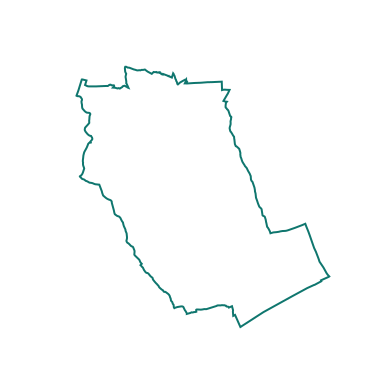 outline of Cernatesti, Buzau, Romania, rotated 340°
{"feature_id": "2599482B98470436425498", "entity_name": "Cernatesti", "entity_type": "district", "adm_level": 2, "iso_a3": "ROU", "parent_name": "Romania", "parent_adm1": "Buzau", "projection": "equal_earth", "projection_center": [26.764, 45.296], "detail": "fine", "context": "isolated", "style": "outline", "palette": "teal", "viewbox_px": 384, "rotation_deg": 340, "n_neighbors": 0, "source": "geoboundaries", "source_scale": "gbopen_adm2", "svg_char_len": 5922}
<svg xmlns="http://www.w3.org/2000/svg" viewBox="0 0 384 384"><g transform="rotate(340 192 192)"><path d="M292.1,318.3L291.2,316.1L290.7,314.3L289.7,307.9L288.0,301.1L288.1,298.4L288.1,297.1L288.0,291.0L288.0,290.6L287.9,289.6L287.6,286.3L287.8,272.7L287.8,268.8L287.6,263.6L287.6,260.6L283.9,260.8L276.6,260.9L269.4,260.8L267.7,260.7L266.5,260.5L263.6,259.6L261.4,259.2L260.1,259.1L257.6,258.6L254.6,257.8L251.6,257.6L251.7,255.4L251.4,253.0L251.1,251.5L250.7,250.4L251.3,246.3L251.3,245.9L251.8,243.1L251.9,240.5L251.9,240.2L251.8,239.9L251.5,239.5L250.5,238.5L250.3,238.1L251.4,232.5L251.5,232.1L251.4,231.3L250.4,229.3L250.2,228.7L250.1,225.4L250.2,222.3L250.2,219.2L251.2,215.2L251.4,212.9L251.8,211.6L252.2,209.2L252.3,204.0L252.3,203.6L252.3,203.2L251.8,202.0L251.7,201.4L251.7,200.5L251.8,200.0L252.6,197.2L252.6,196.3L252.5,196.0L252.5,194.6L251.9,191.3L251.6,188.2L250.6,185.6L250.5,184.5L250.1,182.9L249.7,180.8L249.7,178.6L249.8,177.3L249.7,175.5L250.0,174.4L250.1,173.6L250.8,171.9L251.0,170.2L251.1,167.9L251.1,167.5L249.9,165.2L249.3,164.2L249.0,164.1L248.8,163.9L248.7,161.6L249.5,158.3L249.8,157.2L249.8,156.7L250.4,154.5L249.9,152.8L249.6,150.9L249.2,149.1L249.1,148.8L248.9,148.5L248.8,147.6L249.1,145.2L249.6,144.1L250.8,142.5L251.5,141.4L251.9,140.3L252.4,138.7L253.8,136.6L254.0,135.7L254.6,135.1L254.6,134.9L254.5,134.5L253.9,133.7L253.9,132.2L254.0,128.4L253.9,127.6L253.7,126.9L253.3,126.4L253.1,125.3L252.6,124.3L252.6,123.9L252.6,123.5L252.9,123.1L253.2,122.1L254.1,120.4L254.5,119.8L255.6,119.1L253.9,118.2L252.7,117.2L258.4,112.5L259.3,111.8L262.2,108.9L259.7,107.9L258.0,107.1L256.4,106.6L255.1,106.5L257.7,98.5L248.1,95.5L244.0,94.1L237.5,92.3L231.3,90.3L224.7,88.4L222.4,87.5L222.8,87.1L223.4,87.0L224.1,87.0L224.1,87.4L224.3,87.4L224.8,86.8L225.8,86.3L224.6,86.3L223.9,85.7L224.1,85.3L224.8,84.7L224.9,84.4L224.6,84.6L224.5,84.2L224.8,84.0L221.8,84.4L218.3,85.0L215.5,86.1L215.4,86.0L215.2,85.4L215.4,83.3L215.2,82.6L215.3,81.0L215.1,80.0L215.3,77.2L215.2,76.1L215.0,75.4L215.1,74.6L214.9,74.0L212.2,77.6L210.4,75.9L210.5,75.9L209.6,75.2L209.7,74.9L209.4,74.8L205.2,71.2L204.8,71.7L203.7,70.9L203.8,70.7L203.6,70.1L202.3,69.0L202.7,68.5L202.4,68.3L201.7,68.3L201.4,68.1L200.9,68.1L199.9,67.7L199.8,67.3L199.5,67.0L198.3,66.8L197.0,66.1L194.6,67.2L191.4,63.6L189.6,60.8L187.6,60.5L186.8,60.1L186.2,60.0L185.0,60.0L184.1,59.5L182.6,59.2L181.8,58.8L180.4,57.7L179.2,56.9L175.9,54.0L175.3,53.6L174.4,53.2L174.0,53.0L173.1,51.9L172.5,51.6L172.1,51.5L171.8,51.8L171.3,52.6L171.0,53.7L170.4,56.0L170.4,57.0L170.6,58.4L169.1,60.7L168.8,61.6L168.7,62.4L168.1,65.5L167.7,66.7L167.4,67.3L167.6,68.2L167.9,72.4L167.1,71.7L166.7,70.9L165.8,70.1L165.6,69.7L165.0,69.1L164.4,69.0L163.0,69.0L162.4,69.5L161.1,69.8L159.9,69.9L159.7,70.1L159.3,70.0L158.8,69.5L158.3,69.2L157.4,69.2L156.4,68.5L155.5,67.8L153.5,66.9L154.7,66.3L155.1,65.8L155.1,65.1L154.9,65.0L153.0,64.3L152.3,63.4L151.7,63.1L151.3,63.2L150.4,63.2L150.0,63.4L149.1,63.6L147.9,63.1L137.8,59.9L130.5,57.2L129.6,56.5L128.1,54.9L131.0,51.1L127.6,48.8L126.9,48.6L120.0,57.7L116.4,62.0L117.0,62.7L118.5,63.3L119.6,64.3L119.8,64.6L119.9,65.1L120.3,66.7L120.3,67.2L120.1,67.9L119.2,68.9L118.7,70.6L118.5,72.3L117.8,74.5L117.7,75.2L117.6,76.1L117.7,76.4L118.9,79.5L119.8,80.9L120.4,81.5L122.5,82.5L123.0,83.1L123.1,83.6L123.1,84.0L121.7,85.7L121.3,86.5L120.3,88.8L119.8,89.7L119.1,91.9L118.2,92.5L116.6,93.4L113.9,94.8L113.3,95.3L112.5,96.8L112.4,97.4L112.6,98.9L113.5,101.5L114.2,102.9L115.0,104.0L116.3,104.8L116.4,105.6L116.7,106.7L116.5,108.1L115.7,108.8L113.2,110.2L113.6,110.6L113.8,110.9L113.7,111.0L112.9,110.6L112.6,110.6L112.3,110.6L111.0,111.2L108.9,113.6L107.8,114.7L104.7,117.4L104.0,118.2L102.4,120.6L101.3,122.9L100.4,124.6L99.8,126.2L99.7,127.1L99.2,128.2L98.9,129.3L98.8,130.3L98.8,132.1L98.7,133.1L96.3,136.2L95.2,137.4L94.4,138.0L93.5,138.5L92.0,138.9L91.9,139.1L93.3,142.2L94.7,143.2L95.1,143.7L96.0,145.2L96.8,145.8L97.5,146.5L98.8,148.1L100.7,149.1L101.7,149.8L102.5,150.6L103.7,151.6L107.4,153.4L107.5,160.3L107.3,162.3L107.3,164.9L108.6,167.3L109.6,168.9L110.7,170.1L111.5,170.9L111.9,171.1L112.8,172.0L113.2,172.9L113.3,173.4L112.9,175.0L112.8,176.4L112.3,182.5L111.9,185.1L111.9,186.5L113.0,188.2L113.6,189.0L114.7,189.8L115.1,190.2L115.8,191.7L116.1,194.6L116.3,195.8L116.7,197.0L116.4,199.0L116.3,200.8L116.6,204.4L116.3,205.9L116.4,208.5L115.5,212.1L115.1,213.2L114.2,214.7L114.0,214.9L113.7,215.4L113.6,216.1L113.7,216.9L114.0,217.7L114.7,218.5L115.4,219.9L116.1,221.6L116.8,222.5L117.6,223.2L117.8,223.9L117.9,227.3L117.7,228.2L116.4,231.1L116.5,231.8L117.2,233.3L119.3,237.6L119.5,240.5L120.2,242.3L118.6,243.1L119.1,244.1L119.3,245.0L119.8,245.8L120.0,246.4L120.2,248.8L120.8,251.0L121.1,251.7L121.4,252.2L121.7,252.5L122.6,253.0L122.9,253.5L123.2,253.9L123.8,255.9L124.0,256.1L124.1,256.7L124.6,257.6L125.4,258.9L125.6,259.6L125.4,260.4L125.4,260.9L126.2,263.4L127.1,265.7L127.5,266.4L127.9,267.6L128.4,268.5L128.5,269.8L128.8,270.8L130.1,273.2L131.1,274.5L131.3,275.7L131.5,276.1L131.8,276.4L132.6,276.6L133.1,277.1L134.8,279.7L135.3,280.9L135.5,282.1L135.4,283.3L135.5,284.9L135.1,286.9L135.8,288.7L135.7,290.6L136.1,291.5L136.0,292.1L135.5,294.2L135.7,295.1L136.8,295.0L138.9,295.1L142.8,295.8L143.6,296.1L144.4,296.8L144.5,297.0L144.6,297.5L144.7,298.9L144.9,300.7L145.3,302.0L145.6,304.1L145.6,304.6L145.5,304.8L149.1,305.1L150.4,304.9L151.3,305.4L151.7,305.5L152.7,305.5L153.9,305.9L155.1,306.0L155.2,305.7L155.2,305.3L155.7,304.1L156.1,304.0L157.3,304.4L160.1,305.6L161.9,306.0L163.4,306.2L165.5,307.0L176.3,307.5L176.7,307.3L177.6,307.4L180.3,308.4L181.1,308.5L183.9,309.6L184.4,310.1L185.0,310.5L185.0,310.9L185.3,311.4L186.9,312.3L187.2,312.8L187.2,313.2L190.5,313.0L190.2,316.6L190.1,317.2L189.5,318.4L188.4,322.5L190.4,322.2L191.3,335.4L218.1,329.3L250.6,324.2L267.4,321.7L274.9,321.1L275.4,321.2L283.0,320.1L283.0,319.1L291.4,318.5L292.1,318.3Z" fill="none" stroke="#0f766e" stroke-width="2"/></g></svg>